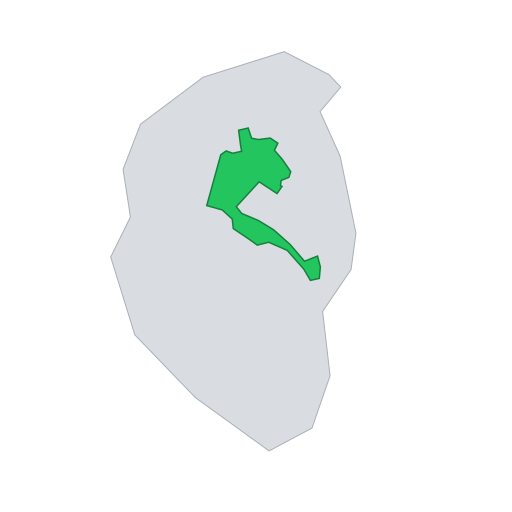 Plaines Wilhems highlighted on a map of Mauritius, rotated 158°
{"feature_id": "MUS-5188", "entity_name": "Plaines Wilhems", "entity_type": "District", "adm_level": 1, "iso_a3": "MUS", "parent_name": "Mauritius", "parent_adm1": "", "projection": "natural_earth1", "projection_center": [57.506, -20.307], "detail": "fine", "context": "in_parent", "style": "filled", "palette": "green", "viewbox_px": 512, "rotation_deg": 158, "n_neighbors": 0, "source": "natural_earth", "source_scale": "10m", "svg_char_len": 939}
<svg xmlns="http://www.w3.org/2000/svg" viewBox="0 0 512 512"><g transform="rotate(158 256 256)"><path d="M313.7,421.5L238.0,441.6L153.3,434.9L120.4,396.8L114.1,380.9L142.5,365.9L140.6,317.0L154.8,239.7L172.9,207.9L215.0,179.6L232.2,117.2L268.5,75.5L316.9,70.4L365.2,147.3L397.9,228.3L391.1,309.5L357.8,339.2L346.8,386.1L313.7,421.5Z" fill="#d9dde1" stroke="#a8b0b8" stroke-width="1"/><path d="M282.8,321.2L250.7,363.1L244.3,364.6L239.1,360.0L230.1,358.5L228.8,364.6L225.0,379.1L215.3,377.6L216.0,366.9L210.2,363.1L198.6,360.0L193.5,352.4L199.3,347.1L195.4,335.7L192.2,321.2L196.1,316.6L204.4,316.6L207.0,312.0L205.8,310.8L213.1,306.0L225.3,323.6L255.8,309.1L253.3,300.8L240.4,287.9L229.9,273.8L220.0,253.8L213.0,233.0L199.0,232.9L200.4,221.8L205.7,211.5L214.7,213.0L216.6,225.9L225.0,249.6L239.1,264.0L250.7,265.6L256.5,274.7L266.8,289.9L264.2,299.1L270.0,311.3L282.8,321.2Z" fill="#22c55e" stroke="#15803d" stroke-width="1.5"/></g></svg>